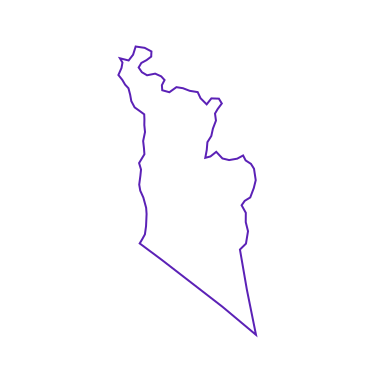 Pedra Mole, Sergipe, Brazil, rotated 161°
{"feature_id": "56859067B37266800434782", "entity_name": "Pedra Mole", "entity_type": "district", "adm_level": 2, "iso_a3": "BRA", "parent_name": "Brazil", "parent_adm1": "Sergipe", "projection": "orthographic", "projection_center": [-37.683, -10.623], "detail": "fine", "context": "isolated", "style": "outline", "palette": "violet", "viewbox_px": 384, "rotation_deg": 161, "n_neighbors": 0, "source": "geoboundaries", "source_scale": "gbopen_adm2", "svg_char_len": 1230}
<svg xmlns="http://www.w3.org/2000/svg" viewBox="0 0 384 384"><g transform="rotate(161 192 192)"><path d="M178.0,36.1L171.9,81.9L165.4,122.0L157.8,125.6L151.8,136.7L151.0,146.0L147.9,154.8L149.4,163.3L145.0,166.5L138.7,167.9L132.3,175.6L127.9,182.4L125.8,193.8L127.1,199.4L131.0,204.4L131.8,209.9L138.4,208.8L146.5,210.1L152.3,213.8L156.0,222.1L163.0,219.6L168.3,220.0L164.4,226.9L161.2,234.1L155.5,238.7L151.6,245.1L146.1,251.7L144.7,258.7L140.7,262.1L135.0,266.0L136.2,271.5L143.2,274.2L149.6,270.1L153.4,277.9L154.1,284.6L161.2,288.4L166.8,293.1L172.6,296.2L180.9,293.7L187.0,297.9L185.7,302.8L181.5,306.8L183.5,311.4L188.3,315.9L196.5,317.0L200.4,321.6L201.9,327.1L197.9,330.5L192.0,331.5L186.5,333.3L184.6,338.1L189.8,343.7L197.9,347.9L203.0,341.0L209.1,337.0L216.6,341.9L215.6,337.0L218.3,332.2L223.5,326.6L221.4,320.7L220.3,315.3L218.3,310.8L218.8,304.2L219.8,297.7L218.7,290.7L214.8,285.2L211.9,281.0L213.3,276.3L215.3,270.8L216.9,264.0L221.6,256.1L223.2,248.9L224.7,243.2L232.6,236.6L232.9,229.8L235.5,224.2L239.5,216.2L240.5,210.1L239.8,202.6L240.5,192.0L242.1,186.0L244.3,180.4L246.6,174.6L250.3,167.3L254.5,163.5L258.2,160.4L242.9,138.0L200.6,73.6L178.0,36.1Z" fill="none" stroke="#5b21b6" stroke-width="2"/></g></svg>